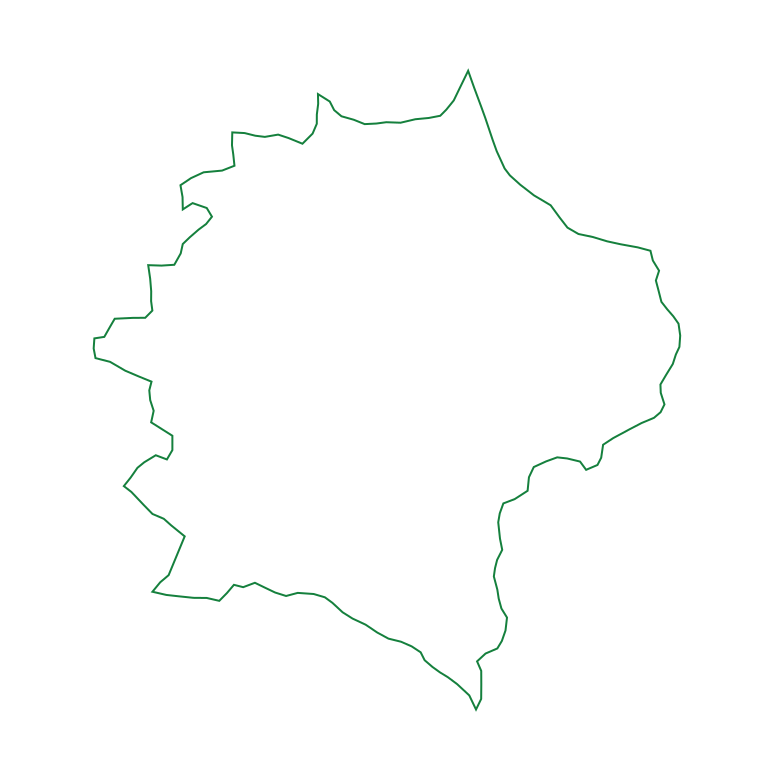 Nova Ramada, Rio Grande do Sul, Brazil, rotated 94°
{"feature_id": "56859067B54633042037879", "entity_name": "Nova Ramada", "entity_type": "district", "adm_level": 2, "iso_a3": "BRA", "parent_name": "Brazil", "parent_adm1": "Rio Grande do Sul", "projection": "mercator", "projection_center": [-53.7, -28.075], "detail": "fine", "context": "isolated", "style": "outline", "palette": "green", "viewbox_px": 768, "rotation_deg": 94, "n_neighbors": 0, "source": "geoboundaries", "source_scale": "gbopen_adm2", "svg_char_len": 2411}
<svg xmlns="http://www.w3.org/2000/svg" viewBox="0 0 768 768"><g transform="rotate(94 384 384)"><path d="M607.4,600.5L609.6,586.4L610.1,574.1L610.6,559.2L609.8,545.9L611.8,533.2L603.5,526.1L594.8,519.7L596.5,510.3L591.3,498.9L595.3,489.0L599.6,478.1L602.3,466.9L598.4,455.5L598.4,439.5L600.9,428.1L605.9,420.2L614.6,409.4L620.2,399.0L625.4,385.5L632.4,373.4L637.7,361.8L639.9,349.1L643.8,338.1L649.1,328.7L656.7,324.2L662.9,315.9L667.8,308.0L672.0,299.9L678.3,290.1L688.7,277.2L702.3,269.5L691.4,265.1L676.8,266.0L663.4,267.0L654.2,271.8L645.8,263.9L639.9,252.5L632.1,248.5L621.4,245.6L608.4,245.0L599.8,251.2L590.1,254.6L581.2,256.6L568.3,261.0L560.0,260.4L551.6,258.9L541.2,254.5L530.2,257.5L514.0,260.4L505.0,259.5L494.8,256.6L489.7,245.6L480.5,233.3L466.9,232.9L456.4,228.8L449.9,216.9L445.1,206.1L445.5,196.1L447.7,183.0L455.5,176.4L449.9,165.4L442.4,162.2L429.3,161.2L422.0,151.6L412.0,135.8L405.0,124.4L398.9,112.3L392.8,106.1L384.8,102.8L373.5,107.3L365.2,108.2L355.2,103.2L343.9,97.3L334.2,94.9L326.4,91.9L315.0,91.9L303.3,94.4L296.3,100.1L289.7,106.7L282.7,113.0L271.5,116.7L261.8,120.0L251.8,117.5L242.1,124.4L232.5,127.5L230.0,140.4L228.1,157.7L226.1,171.4L222.8,185.9L220.8,200.5L215.2,211.9L205.8,220.3L194.1,230.2L185.4,247.5L175.7,262.0L167.1,273.0L160.6,278.7L143.9,287.8L133.0,292.6L111.6,301.5L101.2,306.1L82.0,314.8L65.7,321.9L86.3,330.2L96.3,334.2L106.0,341.0L112.5,346.6L115.5,357.9L117.7,371.2L122.2,385.7L122.7,400.0L124.7,409.8L126.1,421.4L122.5,432.6L119.9,445.1L114.3,452.8L106.0,457.8L99.4,470.1L109.1,469.2L119.9,469.8L129.1,469.2L139.2,472.7L150.0,482.1L145.3,496.4L142.6,507.0L145.8,520.1L145.3,529.7L143.4,540.5L143.6,552.9L156.5,552.3L165.4,550.4L176.7,548.4L182.4,560.4L185.4,578.7L192.1,590.9L199.9,600.9L211.6,598.0L223.9,596.9L216.9,587.6L220.8,573.1L229.1,567.3L236.8,572.6L242.9,579.7L251.2,588.0L258.4,594.5L267.9,595.9L279.7,601.5L281.4,614.2L281.9,627.5L295.3,624.6L307.7,622.7L317.6,622.1L326.9,620.2L334.6,626.8L335.6,639.5L337.7,657.2L347.3,661.9L356.5,666.3L358.7,676.1L368.8,676.1L378.3,673.6L381.0,658.8L388.8,643.0L393.6,629.1L397.9,616.1L406.7,617.7L416.4,616.1L426.8,611.9L438.5,613.6L444.3,602.8L450.4,591.5L464.7,590.5L474.4,595.3L471.0,606.7L478.8,617.7L484.8,624.1L495.0,630.2L504.0,636.4L509.3,628.5L521.5,615.2L529.8,605.9L533.8,594.3L539.9,586.4L549.9,572.2L589.7,585.5L597.4,593.4L607.4,600.5Z" fill="none" stroke="#15803d" stroke-width="2"/></g></svg>